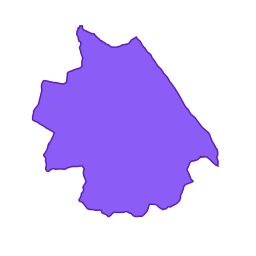 Sumbawanga Urban, Rukwa, United Republic of Tanzania (orthographic projection), rotated 12°
{"feature_id": "72390352B60773938386935", "entity_name": "Sumbawanga Urban", "entity_type": "district", "adm_level": 2, "iso_a3": "TZA", "parent_name": "United Republic of Tanzania", "parent_adm1": "Rukwa", "projection": "orthographic", "projection_center": [31.593, -7.975], "detail": "fine", "context": "isolated", "style": "filled", "palette": "violet", "viewbox_px": 256, "rotation_deg": 12, "n_neighbors": 0, "source": "geoboundaries", "source_scale": "gbopen_adm2", "svg_char_len": 5524}
<svg xmlns="http://www.w3.org/2000/svg" viewBox="0 0 256 256"><g transform="rotate(12 128 128)"><path d="M94.9,208.7L95.8,209.6L96.5,209.9L97.1,209.9L98.3,210.0L99.1,210.3L100.8,211.6L101.8,212.6L102.9,213.5L104.9,215.2L106.1,215.6L107.6,215.7L109.1,215.3L110.6,215.2L111.7,215.1L112.6,215.2L113.5,215.2L114.9,214.9L116.3,214.7L117.5,214.0L119.1,214.2L119.5,215.0L119.9,216.0L120.9,216.6L121.9,216.8L124.0,217.1L125.0,217.4L126.1,218.0L126.7,218.7L127.6,218.7L128.9,217.4L129.6,216.5L130.1,215.6L130.5,214.7L130.9,214.1L131.8,213.5L134.7,212.8L136.4,212.6L137.8,212.2L138.8,211.9L139.6,211.9L140.6,211.6L141.5,211.2L142.5,210.6L143.5,210.1L144.5,210.0L145.4,210.3L146.4,210.7L147.5,210.8L148.5,210.9L149.0,211.2L151.6,212.7L152.5,213.0L154.0,213.0L156.7,212.2L157.8,211.9L160.0,211.4L160.7,210.7L161.2,209.9L161.9,209.2L162.4,208.2L163.0,207.0L163.7,205.9L164.1,204.8L164.3,203.2L164.5,201.9L164.5,200.3L164.5,198.8L165.5,197.9L167.0,197.7L168.3,197.6L169.3,197.3L170.4,197.1L171.6,197.1L172.7,197.7L173.5,198.2L174.6,198.9L175.6,199.4L177.5,200.0L178.5,200.5L179.4,200.5L179.8,200.0L180.5,199.5L181.3,199.5L182.2,198.8L183.1,197.5L183.6,196.5L184.7,196.5L185.5,196.5L186.2,196.3L187.0,195.3L188.4,194.3L189.8,193.0L191.1,191.9L192.3,190.3L192.9,189.4L193.7,187.9L193.9,185.3L193.5,182.7L193.9,181.0L194.4,179.2L194.5,177.8L194.7,176.2L194.8,174.1L195.1,172.6L196.1,171.4L198.3,169.8L201.5,167.8L202.7,166.8L202.2,166.0L200.7,165.3L199.6,164.0L198.2,161.7L196.3,159.0L194.8,157.3L194.1,156.4L194.4,155.6L194.9,153.8L195.3,151.5L195.9,149.2L196.0,148.4L196.3,147.7L196.8,147.5L197.5,147.2L198.0,146.7L198.8,146.7L199.5,146.5L199.9,145.9L200.7,145.7L201.8,145.1L202.8,144.3L203.5,143.4L203.9,142.8L204.5,142.0L204.8,141.8L205.1,141.7L204.8,141.0L205.4,140.8L205.8,140.8L206.3,141.1L206.7,140.7L207.2,140.5L207.6,140.8L208.0,140.6L208.3,140.6L208.7,140.5L209.0,140.0L210.3,140.0L211.0,139.9L211.5,140.3L212.1,140.3L213.1,141.0L214.7,141.8L217.8,143.9L221.5,145.9L223.5,146.4L223.9,146.5L223.8,145.8L223.6,145.1L223.3,143.7L223.2,142.2L221.7,139.5L220.8,138.7L221.3,136.4L221.2,135.0L221.2,134.7L220.6,132.7L219.8,130.7L217.7,128.7L215.6,126.1L213.3,123.7L211.8,121.7L210.6,119.8L208.7,116.9L208.2,116.5L208.3,116.5L207.1,115.5L203.2,113.4L200.2,111.7L199.0,110.7L198.3,110.0L196.2,108.3L194.1,106.5L191.6,104.1L189.0,102.6L186.9,101.6L186.1,100.9L185.9,100.7L185.6,100.4L183.0,97.4L180.7,95.9L179.0,94.5L174.9,89.7L170.7,84.8L169.2,83.3L167.5,81.5L166.6,80.6L165.4,79.3L162.9,77.1L160.4,74.8L158.9,73.8L157.9,72.4L156.1,70.4L153.5,68.5L151.4,67.0L149.9,65.3L148.3,63.7L147.2,63.0L145.6,62.0L144.1,61.0L142.7,59.7L140.6,57.4L138.5,55.5L137.0,54.5L136.4,53.3L135.6,52.3L134.6,51.3L133.8,50.8L132.3,50.0L131.1,49.6L127.7,46.1L126.7,45.8L124.7,44.0L124.1,43.2L123.9,43.1L123.6,42.4L122.0,40.9L121.3,40.3L120.3,39.8L119.5,39.2L119.3,39.1L118.7,38.9L117.1,37.3L116.0,38.6L115.1,39.2L114.2,40.0L113.0,41.3L112.2,43.2L111.9,44.1L111.3,44.9L109.8,46.0L108.4,46.6L107.1,47.2L105.5,47.7L104.3,48.6L103.5,49.4L102.0,50.3L100.8,50.8L99.4,51.6L98.2,51.7L98.0,51.8L98.0,51.7L97.4,51.8L97.0,51.9L96.7,51.9L95.0,52.3L94.1,51.9L92.4,51.3L91.8,50.8L91.0,50.6L89.7,50.6L88.8,50.4L88.1,49.8L87.4,49.3L86.6,49.3L85.7,49.0L84.9,48.7L84.1,48.2L83.1,48.3L82.3,47.8L81.4,46.9L80.6,46.6L79.6,46.2L78.6,45.5L77.7,44.8L76.6,44.3L75.7,43.2L74.6,42.9L74.1,43.1L72.8,43.1L71.9,43.0L70.6,42.8L69.3,42.4L67.9,42.0L66.8,41.8L65.5,41.7L64.6,41.2L63.6,40.8L62.9,40.3L62.7,38.9L62.1,37.6L61.0,37.8L60.9,37.8L60.4,37.9L60.1,38.0L59.6,38.2L59.8,38.9L59.8,39.3L59.7,39.7L59.6,40.2L59.0,40.3L58.5,40.3L58.4,40.7L58.3,40.9L58.3,41.0L58.8,41.4L58.9,41.8L58.7,42.3L58.5,42.7L58.4,42.9L58.3,43.1L58.1,43.6L58.1,43.9L58.1,44.7L58.2,44.9L58.1,45.0L58.3,45.7L58.4,45.9L58.4,46.1L58.4,46.5L58.4,46.8L58.4,47.0L58.6,47.5L59.1,47.8L59.6,48.4L59.7,48.5L60.3,49.5L60.6,49.9L60.6,50.2L60.9,50.7L61.0,51.5L61.6,52.2L61.8,52.7L62.0,53.3L62.6,53.4L63.3,53.6L63.7,53.7L64.0,54.0L64.1,54.8L64.4,55.6L64.6,56.3L64.5,57.1L64.1,57.8L64.1,58.2L64.0,58.5L64.0,59.2L63.9,59.6L64.4,60.6L64.7,61.1L64.8,61.2L65.4,62.1L66.4,64.5L67.4,66.0L69.0,68.6L68.9,68.6L69.1,69.6L69.1,70.0L69.0,70.6L69.1,71.8L69.1,73.0L69.4,73.9L69.6,75.1L69.7,75.4L69.9,76.0L70.0,76.5L70.0,77.4L69.3,78.5L68.4,79.3L66.2,80.5L64.9,81.2L63.3,82.2L61.3,83.6L58.7,85.2L57.8,86.1L57.4,86.9L57.3,87.6L57.7,89.0L57.8,90.8L58.1,93.5L58.4,95.9L57.8,96.7L56.0,98.2L53.7,98.6L50.7,98.6L48.0,98.6L46.0,99.0L42.5,98.9L37.2,98.9L36.0,99.1L35.3,99.9L34.8,101.4L34.7,102.4L34.6,105.1L35.3,107.2L35.9,109.3L35.9,110.4L35.8,112.8L35.7,116.5L35.5,122.0L35.4,123.6L34.5,125.9L33.4,127.6L32.4,130.3L32.1,131.8L32.6,132.8L32.4,134.5L32.4,137.2L32.8,139.2L33.3,140.0L35.4,140.7L38.3,141.1L40.9,142.4L45.1,143.6L48.6,145.2L51.0,145.8L52.2,146.3L52.6,146.3L53.4,146.6L54.6,146.9L56.0,147.5L56.7,147.6L56.6,150.5L55.2,156.4L54.7,158.4L53.8,159.4L53.7,160.2L53.8,160.3L53.7,160.3L53.4,161.6L53.6,162.6L53.5,163.1L53.2,166.5L52.8,167.3L52.3,169.0L51.7,170.4L51.2,171.5L51.2,172.5L52.2,173.2L53.7,174.4L54.0,175.6L54.0,177.0L54.6,178.1L55.3,179.6L55.8,180.9L55.9,182.7L55.8,184.1L56.1,185.5L57.3,186.8L58.5,187.2L59.8,186.5L60.8,185.1L62.4,183.5L64.4,183.3L65.8,183.4L67.5,182.8L68.8,182.5L70.3,182.2L71.8,181.7L73.6,181.8L76.0,180.8L76.8,179.6L78.6,178.8L79.9,177.9L81.4,177.5L82.1,177.1L85.8,176.4L91.1,174.5L93.6,177.0L93.5,180.7L94.7,184.0L96.2,186.0L98.2,189.3L97.3,191.8L96.2,195.3L97.1,196.9L97.4,199.0L96.9,200.6L96.2,201.3L96.1,202.7L96.1,205.1L95.6,206.7L95.1,208.2L94.9,208.7Z" fill="#8b5cf6" stroke="#5b21b6" stroke-width="1.5"/></g></svg>